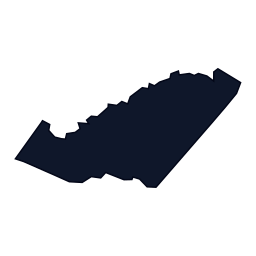 Orange, Virginia, United States of America
{"feature_id": "52423323B91365123508862", "entity_name": "Orange", "entity_type": "district", "adm_level": 2, "iso_a3": "USA", "parent_name": "United States of America", "parent_adm1": "Virginia", "projection": "orthographic", "projection_center": [-78.039, 38.256], "detail": "fine", "context": "isolated", "style": "filled", "palette": "ink", "viewbox_px": 256, "rotation_deg": 0, "n_neighbors": 0, "source": "geoboundaries", "source_scale": "gbopen_adm2", "svg_char_len": 776}
<svg xmlns="http://www.w3.org/2000/svg" viewBox="0 0 256 256"><path d="M108.3,104.2L108.1,107.4L97.5,116.8L91.3,116.2L86.6,120.1L88.8,123.7L78.3,122.9L80.1,128.7L75.2,132.4L66.7,133.7L65.4,139.1L61.6,138.8L54.7,137.1L48.7,130.4L49.7,124.5L42.5,120.7L41.4,122.5L15.4,158.8L23.6,161.5L53.2,174.5L69.3,181.7L82.2,182.4L91.3,176.6L100.7,177.9L105.7,172.5L124.0,179.7L131.9,179.5L132.9,177.0L139.6,179.0L147.1,186.8L156.0,187.2L211.5,123.2L212.7,121.8L225.5,106.8L236.5,93.4L240.6,82.6L217.9,68.8L213.8,71.9L213.7,81.1L206.9,76.0L198.4,73.5L194.3,75.5L189.4,73.5L179.2,74.9L178.4,71.0L171.0,73.8L170.0,78.5L159.6,82.1L154.5,85.8L149.4,83.6L148.4,88.7L142.3,87.7L130.3,96.8L127.7,103.9L121.8,101.5L116.9,105.4L108.3,104.2Z" fill="#0f172a" stroke="#020617" stroke-width="1.5"/></svg>